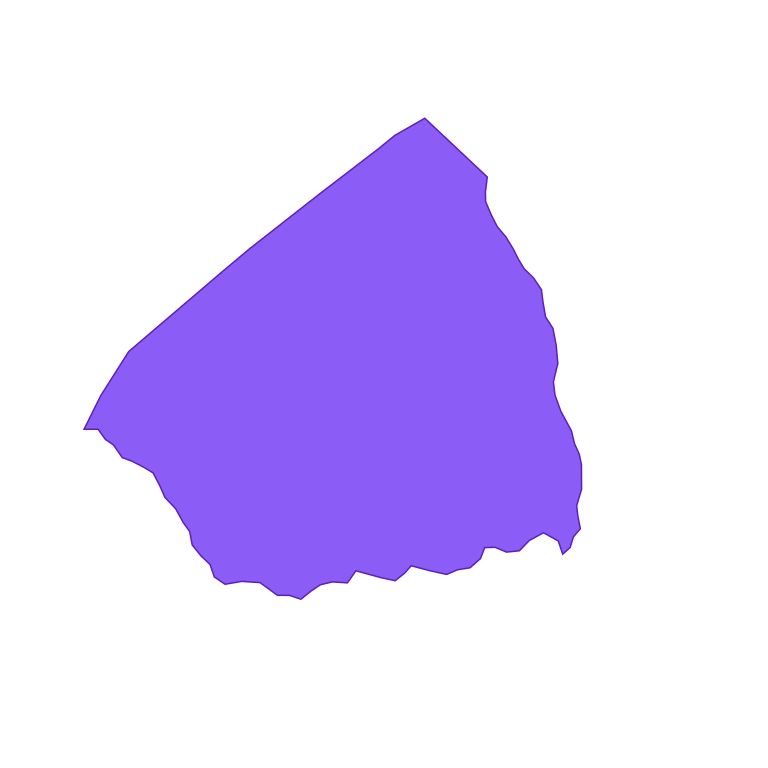 the district of Cubati, Paraíba, Brazil, rotated 209°
{"feature_id": "56859067B17679769535138", "entity_name": "Cubati", "entity_type": "district", "adm_level": 2, "iso_a3": "BRA", "parent_name": "Brazil", "parent_adm1": "Paraíba", "projection": "mercator", "projection_center": [-36.342, -6.865], "detail": "fine", "context": "isolated", "style": "filled", "palette": "violet", "viewbox_px": 768, "rotation_deg": 209, "n_neighbors": 0, "source": "geoboundaries", "source_scale": "gbopen_adm2", "svg_char_len": 1179}
<svg xmlns="http://www.w3.org/2000/svg" viewBox="0 0 768 768"><g transform="rotate(209 384 384)"><path d="M624.4,199.0L612.1,205.8L600.7,200.4L591.2,199.6L577.2,192.7L566.8,194.3L553.9,194.7L542.9,194.3L530.9,186.4L520.6,178.6L505.8,173.9L492.4,165.5L482.5,160.8L473.7,150.2L460.6,144.9L448.6,141.8L438.9,133.0L425.9,131.8L412.7,142.4L396.1,150.2L374.8,147.5L364.2,153.3L352.3,155.5L347.6,167.2L342.3,177.6L333.2,185.9L319.6,192.3L318.0,207.0L308.2,209.4L293.0,213.1L278.8,217.4L274.2,228.8L272.1,238.2L253.5,242.9L236.9,247.8L229.6,257.2L219.6,265.0L215.0,278.1L216.6,289.7L207.7,295.0L195.3,296.4L184.7,303.8L181.1,317.5L172.4,331.2L155.5,331.2L145.2,321.8L141.9,331.2L144.2,342.0L142.1,352.6L150.5,362.6L156.5,371.0L160.2,387.8L172.2,409.2L179.1,417.2L188.8,424.5L197.3,433.9L216.0,445.8L228.9,457.0L236.9,468.0L241.9,486.2L252.3,501.5L263.2,514.6L275.2,521.0L284.7,532.8L292.0,542.8L304.4,549.2L317.4,552.8L327.3,558.5L336.6,564.9L348.8,571.8L361.2,576.5L372.1,583.9L383.5,592.7L388.4,601.2L394.0,615.1L477.2,636.2L495.0,606.8L503.4,585.9L532.4,519.3L567.2,437.0L579.8,404.1L623.0,288.7L626.1,236.8L624.4,199.0Z" fill="#8b5cf6" stroke="#5b21b6" stroke-width="1.5"/></g></svg>